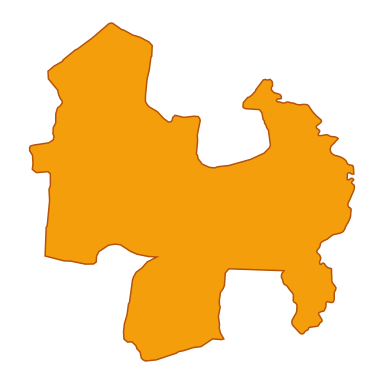 Agua Blanca, Jutiapa, Guatemala
{"feature_id": "79465075B57715659618061", "entity_name": "Agua Blanca", "entity_type": "district", "adm_level": 2, "iso_a3": "GTM", "parent_name": "Guatemala", "parent_adm1": "Jutiapa", "projection": "orthographic", "projection_center": [-89.553, 14.461], "detail": "fine", "context": "isolated", "style": "filled", "palette": "amber", "viewbox_px": 384, "rotation_deg": 0, "n_neighbors": 0, "source": "geoboundaries", "source_scale": "gbopen_adm2", "svg_char_len": 5737}
<svg xmlns="http://www.w3.org/2000/svg" viewBox="0 0 384 384"><path d="M273.8,92.5L271.4,89.9L271.4,87.3L272.6,85.9L272.3,81.7L270.2,79.4L267.0,80.1L265.5,79.4L263.3,79.9L255.8,89.8L255.5,91.1L251.7,95.2L248.7,97.4L247.7,97.4L243.4,102.5L242.9,106.7L243.7,107.9L245.8,108.7L259.4,109.6L261.9,112.9L263.1,119.3L264.5,121.2L264.5,123.0L266.4,126.1L266.5,127.4L268.5,130.4L270.4,145.2L269.4,147.8L264.0,153.2L250.6,159.4L228.8,165.5L218.2,166.7L214.3,167.9L209.2,167.3L202.2,164.1L198.1,158.7L197.4,155.1L196.4,154.1L197.6,140.5L197.3,134.9L200.2,120.7L199.8,118.9L198.3,116.6L194.1,116.2L183.9,117.4L175.1,115.3L172.7,117.5L172.1,120.2L171.0,121.8L168.4,122.0L163.6,118.5L157.3,111.6L149.4,107.0L147.2,104.7L145.4,101.4L145.5,95.3L147.1,78.9L149.2,70.3L151.0,56.8L151.7,56.3L152.2,45.5L149.0,42.0L139.9,37.2L132.4,34.9L123.6,30.0L121.8,29.7L112.9,23.4L111.1,23.0L108.9,23.7L92.6,37.7L77.3,49.1L75.6,49.7L63.0,60.0L62.5,61.3L54.2,66.0L48.0,71.2L48.4,78.9L57.6,90.0L58.6,94.6L60.5,98.9L62.2,101.1L62.3,102.9L60.4,105.7L57.5,108.0L55.8,113.7L55.7,123.1L53.3,127.4L52.9,133.9L54.0,136.1L53.3,139.8L48.8,142.8L33.7,145.1L30.5,146.0L29.6,147.5L29.7,150.8L32.5,155.4L33.0,163.8L32.3,169.4L36.3,172.6L47.9,171.7L50.3,173.8L50.4,185.5L49.0,189.3L49.6,200.6L47.2,225.8L46.2,227.3L45.1,256.0L64.2,260.9L70.7,261.1L85.3,264.1L93.6,264.0L96.2,262.0L96.6,255.9L98.9,251.6L108.5,245.2L114.9,244.1L120.5,244.8L130.4,251.3L137.0,254.2L148.4,256.5L156.8,257.0L147.3,261.9L141.8,268.1L136.2,272.2L133.5,277.0L132.5,280.1L129.5,302.3L128.5,303.9L127.1,314.5L124.4,323.8L123.5,332.1L124.0,339.1L127.6,342.1L131.8,341.8L135.9,345.6L136.9,348.7L140.1,352.1L141.3,358.0L142.9,359.7L145.4,361.0L156.1,359.9L176.2,353.2L179.0,351.5L183.1,350.8L193.6,347.5L201.0,346.6L212.7,338.9L221.6,339.6L223.8,338.9L220.6,333.4L219.2,328.1L219.5,324.4L218.4,316.5L220.2,306.9L219.4,304.8L219.3,300.6L220.5,292.3L223.0,288.9L224.4,285.6L225.3,273.0L228.9,268.8L284.0,270.7L283.3,271.9L282.5,272.7L281.7,274.0L281.4,275.5L281.4,276.8L281.5,277.7L282.2,278.9L282.6,279.7L283.0,281.3L283.2,282.4L283.6,283.7L284.4,284.4L286.0,285.3L287.3,286.2L287.9,287.2L288.6,288.3L290.0,290.2L291.9,292.4L292.9,293.7L293.4,295.1L293.3,299.1L293.2,300.7L293.8,301.9L295.0,302.7L295.8,303.3L296.7,304.4L297.0,305.3L297.1,306.2L296.9,307.2L296.8,310.1L296.6,311.8L296.2,312.9L295.5,314.2L294.5,315.8L292.9,318.7L292.4,319.6L292.0,320.7L291.9,322.3L291.9,323.2L292.2,324.1L292.6,325.0L293.3,326.0L299.4,332.5L300.2,333.3L301.2,333.9L302.2,333.9L303.6,333.5L304.5,332.2L305.1,331.4L306.1,330.7L306.9,330.4L307.9,329.8L308.4,329.1L308.8,327.8L310.2,327.1L311.2,327.1L317.0,326.3L318.3,325.8L319.0,324.7L319.7,323.1L320.6,322.5L321.6,321.7L322.1,320.9L321.8,319.4L318.9,314.7L318.6,313.8L318.7,312.9L320.0,312.2L320.8,311.8L322.4,311.3L323.3,311.3L324.3,310.5L324.8,309.3L325.6,307.7L326.0,305.9L326.0,304.7L326.0,303.1L326.4,302.2L327.8,301.6L329.2,302.1L330.4,302.4L331.3,302.5L332.4,302.5L333.3,301.9L333.9,300.6L334.1,299.5L334.3,296.5L334.2,295.0L334.2,294.0L334.2,292.8L334.5,291.8L335.0,291.0L335.5,290.1L335.8,289.2L336.0,287.8L334.5,285.4L332.9,283.6L332.0,281.7L331.8,280.5L331.7,276.4L331.7,274.9L331.5,272.9L331.5,272.0L331.5,271.2L331.6,270.2L331.4,268.7L330.2,268.2L329.2,268.1L328.2,267.8L326.9,266.9L325.9,266.0L325.2,265.1L324.5,263.8L323.5,263.1L322.3,263.3L321.4,264.1L320.2,264.3L319.6,263.5L319.6,262.4L319.8,261.1L320.3,260.0L320.7,258.8L320.6,257.4L320.2,256.2L319.5,254.8L318.6,254.1L317.5,253.1L316.7,251.4L317.1,250.4L319.5,247.4L320.1,245.6L320.3,244.1L320.8,242.9L321.8,242.0L323.3,241.0L325.0,240.2L326.2,239.7L327.3,239.1L328.0,238.6L328.9,237.8L330.5,236.6L331.5,235.8L332.5,235.1L333.3,234.7L334.3,234.4L335.7,234.2L337.3,233.8L340.2,233.1L341.6,232.5L342.7,231.9L343.5,231.1L344.4,229.7L344.9,228.7L345.2,227.7L345.6,226.8L346.3,225.5L347.1,223.9L347.7,223.2L348.2,222.3L349.5,219.4L349.9,218.4L350.5,216.7L350.7,215.0L350.7,213.2L351.0,211.2L351.1,209.1L350.3,208.0L349.4,207.5L348.7,207.1L348.0,205.8L347.9,204.5L348.0,203.6L348.3,202.6L348.8,201.6L350.1,199.0L352.7,192.9L353.6,190.9L354.0,189.7L354.2,188.3L354.4,187.3L354.4,186.4L353.9,184.9L352.8,184.1L352.1,183.6L351.6,182.8L351.9,181.7L352.5,181.2L353.7,180.0L353.4,179.1L352.4,178.4L351.1,178.3L350.3,178.7L349.7,179.2L348.5,179.9L347.2,179.6L347.2,178.6L347.3,175.0L347.4,174.0L347.9,173.1L348.6,172.6L349.8,172.8L350.9,173.7L352.3,174.2L353.8,174.0L353.5,167.9L353.3,166.9L352.8,165.7L351.8,165.2L350.6,165.1L349.5,164.9L348.2,164.4L347.4,163.7L346.5,161.9L346.1,161.0L345.0,159.7L343.9,158.9L342.7,158.1L341.3,157.4L340.0,156.8L339.1,156.5L337.3,155.9L335.6,155.6L334.8,155.3L333.1,154.5L331.8,153.4L331.2,152.7L330.5,151.3L330.3,149.9L330.3,149.1L330.4,148.0L330.8,146.8L331.6,145.6L332.7,144.4L334.2,143.1L335.8,141.2L338.2,138.6L337.3,137.8L336.4,137.3L335.2,136.9L334.2,136.8L333.1,136.7L331.5,136.5L330.6,136.4L329.7,136.1L328.6,135.3L327.4,134.8L325.8,134.8L321.2,135.6L319.2,135.6L318.4,135.3L318.2,134.5L318.6,133.2L319.5,132.1L319.7,130.8L319.0,129.9L318.1,129.2L316.9,128.5L316.4,127.6L316.3,126.3L317.2,125.4L318.1,124.7L319.3,123.8L320.6,122.7L321.1,122.1L321.5,121.0L320.9,119.7L319.9,118.9L318.4,117.6L317.7,117.0L316.9,116.3L316.2,115.7L312.7,111.8L310.6,108.9L309.3,106.8L308.7,105.9L307.6,104.9L306.1,104.5L304.3,104.4L303.4,104.4L302.4,104.4L301.0,104.7L300.0,104.8L299.1,104.8L298.2,104.7L296.9,104.4L296.1,104.2L295.3,103.8L294.2,103.3L291.6,102.9L290.5,102.7L288.6,102.1L287.1,102.0L286.2,102.3L285.1,102.8L284.3,103.0L282.9,103.0L281.9,102.7L281.0,102.4L279.4,101.9L278.5,101.9L276.9,101.5L276.4,100.5L277.2,99.2L278.0,99.0L279.5,98.9L281.2,98.6L281.3,97.3L281.2,96.4L280.5,94.9L279.1,94.2L277.8,93.7L276.2,93.3L273.8,92.5Z" fill="#f59e0b" stroke="#b45309" stroke-width="1.5"/></svg>